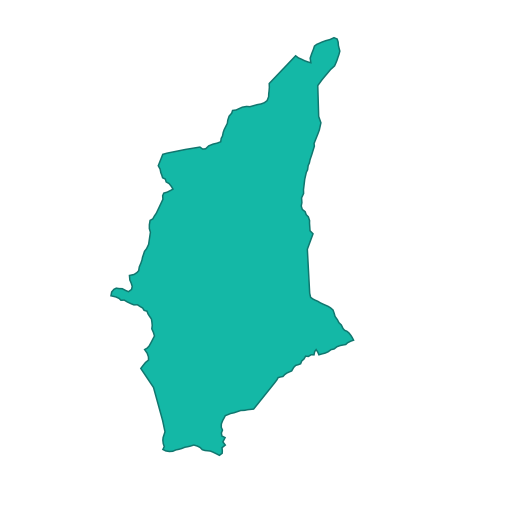 Pedro Alexandre, Bahia, Brazil, rotated 243°
{"feature_id": "56859067B11615290861322", "entity_name": "Pedro Alexandre", "entity_type": "district", "adm_level": 2, "iso_a3": "BRA", "parent_name": "Brazil", "parent_adm1": "Bahia", "projection": "orthographic", "projection_center": [-37.944, -10.088], "detail": "fine", "context": "isolated", "style": "filled", "palette": "teal", "viewbox_px": 512, "rotation_deg": 243, "n_neighbors": 0, "source": "geoboundaries", "source_scale": "gbopen_adm2", "svg_char_len": 3490}
<svg xmlns="http://www.w3.org/2000/svg" viewBox="0 0 512 512"><g transform="rotate(243 256 256)"><path d="M208.1,102.3L185.4,105.0L151.8,98.1L140.7,95.1L138.7,93.1L136.4,90.8L134.2,89.4L131.0,88.2L127.8,87.7L125.9,85.2L123.3,87.1L121.1,90.1L119.8,93.2L119.6,96.6L118.8,99.4L118.2,102.4L117.9,105.8L117.0,108.8L116.4,111.3L115.8,114.8L113.2,117.5L110.7,119.3L107.8,120.2L105.8,122.3L104.5,124.4L102.9,126.8L100.8,128.6L97.5,131.1L95.0,132.9L95.6,136.3L97.6,137.5L100.6,138.7L101.5,142.8L105.4,142.1L108.2,146.0L111.1,143.9L114.0,144.8L116.1,147.1L119.2,147.3L122.1,148.9L124.6,151.7L126.2,154.1L127.7,156.2L127.4,159.2L127.2,161.9L126.3,165.2L125.9,167.9L125.3,172.2L123.7,175.7L122.8,178.9L121.6,182.0L120.7,184.4L134.6,215.2L136.1,218.3L137.6,220.5L137.1,223.0L136.4,225.3L137.3,227.7L137.7,230.3L137.6,232.8L137.4,235.6L139.6,239.0L140.5,241.7L140.0,244.2L139.7,246.8L141.7,249.1L142.4,251.9L144.2,254.7L142.7,257.1L143.0,260.3L141.6,262.8L144.2,264.9L145.3,267.1L142.1,267.4L139.4,267.2L138.9,270.0L138.1,273.4L137.9,276.9L138.5,280.3L137.7,283.4L138.4,286.9L138.0,290.3L137.1,293.5L136.4,295.8L137.1,298.2L137.1,301.7L136.7,304.7L139.7,304.7L142.1,304.5L145.2,303.9L147.7,302.8L149.6,301.2L151.9,300.6L155.8,300.7L159.0,299.6L162.1,299.6L166.3,299.0L169.2,299.6L172.9,300.1L175.9,298.9L178.4,297.4L182.3,294.2L185.0,292.1L187.6,290.5L190.0,288.5L192.0,287.1L194.4,285.9L198.4,286.9L238.7,304.8L249.9,316.9L254.0,315.6L261.0,318.6L263.2,319.8L267.1,320.4L270.0,319.5L273.2,319.9L276.5,318.4L280.0,319.0L282.7,321.1L287.1,323.0L290.1,326.8L293.5,328.4L302.3,334.3L307.7,338.8L309.4,341.1L313.0,343.6L314.6,345.7L317.3,347.9L321.0,351.7L327.4,357.9L329.9,358.8L337.0,366.9L339.5,369.6L345.2,374.3L351.9,375.2L379.8,388.4L382.8,394.3L383.8,396.5L388.3,407.1L389.7,412.3L391.8,414.9L393.5,416.9L395.6,419.0L397.9,421.4L400.5,423.7L403.7,424.4L406.2,425.0L409.3,426.3L412.5,426.8L415.1,424.6L415.3,420.0L416.2,415.9L416.7,411.7L416.8,409.0L417.0,406.1L416.5,403.4L414.0,400.9L411.2,397.7L407.7,394.1L403.3,392.6L405.2,390.5L408.0,387.9L410.8,385.8L413.3,383.7L416.4,382.2L403.7,346.1L400.1,344.4L397.0,342.5L394.8,341.0L392.1,339.5L389.4,336.4L388.8,333.0L389.2,329.5L390.3,325.8L391.3,320.8L391.8,318.3L393.5,315.6L394.8,311.4L395.0,307.6L395.1,304.6L396.3,301.2L394.3,299.2L392.8,295.5L389.7,292.4L387.2,290.7L385.3,288.1L383.1,285.1L381.0,282.9L378.0,280.5L376.7,278.5L373.8,276.4L374.2,272.6L375.2,268.6L375.6,263.9L374.4,259.8L375.5,257.0L378.5,255.5L383.0,241.4L388.0,223.5L388.9,219.1L380.8,209.9L376.9,210.0L373.4,209.0L370.9,208.8L368.1,208.3L365.7,210.1L362.8,209.6L359.9,211.5L356.2,212.2L353.3,212.4L353.2,209.7L353.2,206.0L353.9,202.4L352.1,200.2L348.8,198.8L341.3,189.1L339.3,186.5L337.8,183.7L335.9,180.9L335.8,177.8L332.3,175.2L328.8,173.4L325.1,172.7L315.1,165.6L312.2,161.8L310.8,158.8L308.2,156.2L306.5,154.4L304.2,152.6L301.9,150.2L299.3,147.1L296.2,144.8L295.3,142.5L294.9,139.0L296.1,134.4L291.9,132.7L288.6,132.5L285.1,131.9L282.7,129.9L282.1,126.2L284.2,124.4L287.6,122.0L289.2,119.1L290.8,116.9L290.8,114.3L289.5,111.1L286.4,108.7L283.1,112.6L280.3,114.8L277.9,115.6L276.5,118.6L273.6,120.4L270.1,123.1L267.9,125.0L266.4,128.2L263.6,129.8L261.1,131.4L258.4,131.6L256.3,133.8L253.4,133.5L250.3,133.8L247.3,134.2L244.5,133.3L241.2,132.0L238.4,130.1L234.5,129.9L230.8,129.2L228.9,126.5L226.8,123.6L224.3,119.9L223.3,117.1L223.2,114.3L218.8,114.9L215.0,114.4L212.1,113.0L211.3,109.2L209.5,105.2L208.1,102.3Z" fill="#14b8a6" stroke="#0f766e" stroke-width="1.5"/></g></svg>